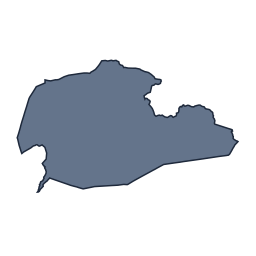 the district of Santa María Yucuhiti, Oaxaca, Mexico, rotated 272°
{"feature_id": "50627088B16250901962505", "entity_name": "Santa María Yucuhiti", "entity_type": "district", "adm_level": 2, "iso_a3": "MEX", "parent_name": "Mexico", "parent_adm1": "Oaxaca", "projection": "albers", "projection_center": [-97.803, 17.027], "detail": "fine", "context": "isolated", "style": "filled", "palette": "slate", "viewbox_px": 256, "rotation_deg": 272, "n_neighbors": 0, "source": "geoboundaries", "source_scale": "gbopen_adm2", "svg_char_len": 5081}
<svg xmlns="http://www.w3.org/2000/svg" viewBox="0 0 256 256"><g transform="rotate(272 128 128)"><path d="M173.2,43.4L170.1,43.5L169.2,41.6L168.1,39.2L166.1,34.9L163.7,33.6L160.6,31.8L155.6,28.8L154.1,28.1L148.9,26.7L145.8,25.9L140.1,24.3L137.0,23.5L133.3,22.5L130.8,21.8L126.4,20.7L124.8,20.4L121.6,19.6L119.6,19.1L117.4,18.5L114.3,17.6L113.3,18.1L109.5,19.1L106.9,19.8L99.3,22.5L99.0,22.7L98.8,22.8L100.3,24.4L104.7,31.5L105.2,32.2L105.7,32.7L106.9,34.2L107.0,34.8L107.2,35.6L107.5,36.1L108.0,36.8L108.1,37.8L107.0,39.3L106.8,40.0L106.9,40.3L108.1,42.7L105.8,45.6L100.1,47.6L94.1,47.3L89.6,43.6L89.4,43.8L88.8,44.0L88.5,44.2L88.3,44.4L87.9,44.6L87.7,44.8L86.8,45.8L86.8,45.7L86.4,45.7L86.2,46.0L85.9,46.1L85.7,46.3L85.4,46.3L85.2,46.2L84.9,46.3L84.4,46.5L84.0,46.9L83.8,47.0L83.5,47.2L83.4,47.2L83.2,47.2L82.8,47.3L82.5,47.4L81.9,47.7L81.6,47.8L81.4,47.7L81.2,47.7L80.0,47.7L79.6,47.6L79.4,47.5L79.1,47.3L78.9,47.2L78.6,47.1L78.3,47.1L78.1,46.9L77.6,46.6L77.1,46.4L76.1,45.6L75.9,45.5L75.6,45.5L75.0,45.7L74.7,45.8L74.3,45.6L73.9,45.3L73.4,45.0L73.2,45.0L72.9,45.0L72.6,44.8L72.1,44.3L71.9,43.9L71.7,43.6L71.4,43.0L71.3,42.8L71.0,42.6L70.6,42.4L70.0,42.4L69.3,42.2L68.8,41.9L68.5,41.5L67.7,41.7L67.6,41.8L67.2,41.9L66.9,41.7L66.5,41.3L66.1,41.3L65.7,41.2L65.2,41.1L64.9,41.1L64.5,41.1L64.2,41.0L63.4,40.7L62.9,40.5L61.9,40.6L61.6,40.2L60.8,39.7L60.9,40.6L61.7,41.6L63.2,42.3L63.6,42.5L64.0,42.8L65.0,43.8L65.3,44.0L66.8,45.3L68.4,45.0L70.1,46.4L70.7,47.2L71.7,48.2L72.1,48.9L72.9,49.4L74.8,51.1L75.3,51.4L72.2,61.4L69.1,71.5L68.8,72.3L67.9,76.1L67.3,79.0L66.8,80.5L65.6,85.3L65.9,86.6L66.5,89.1L67.4,92.9L68.3,96.6L69.5,109.1L70.0,114.3L70.2,116.7L70.5,119.9L71.5,125.7L71.4,128.9L71.5,129.6L75.0,134.9L80.6,144.2L84.4,150.7L87.2,155.4L87.3,155.7L89.1,158.6L92.8,164.9L94.7,175.4L95.7,181.3L96.4,184.7L97.0,188.2L97.4,190.4L98.4,196.1L99.8,204.0L99.9,204.5L102.7,219.6L103.1,222.0L103.9,227.0L104.2,228.4L104.4,229.4L105.5,230.5L105.9,230.7L106.6,231.1L107.9,231.8L109.2,232.5L111.1,233.4L111.8,233.8L112.8,234.4L113.4,234.7L114.4,235.2L115.0,235.5L115.6,236.1L117.1,237.4L117.2,237.6L117.9,238.1L118.3,238.4L118.9,237.3L118.9,236.7L120.6,234.0L121.1,233.5L121.5,233.5L123.4,233.5L123.9,232.9L124.7,232.9L125.0,232.8L125.4,232.8L125.8,232.4L126.7,232.2L127.6,231.4L128.4,231.6L128.5,232.5L129.0,232.4L129.3,232.4L129.9,232.1L134.9,214.6L135.4,214.3L136.1,214.2L136.8,214.4L138.1,214.5L138.8,214.5L139.5,214.0L140.0,214.0L141.3,212.9L142.1,212.7L142.7,212.9L143.2,213.0L143.4,212.8L143.8,212.6L144.3,212.4L144.8,212.4L145.6,212.2L146.4,212.1L147.1,211.4L147.3,210.8L148.2,210.0L148.7,209.5L149.0,209.1L149.2,208.8L149.5,207.5L149.7,206.0L150.0,204.8L150.1,204.6L151.3,203.8L151.8,203.4L152.2,201.2L152.4,200.8L153.4,199.3L153.4,197.9L153.1,197.0L153.0,196.4L152.5,195.0L152.3,194.1L151.8,193.6L151.3,192.9L151.5,192.4L151.4,191.6L151.5,190.8L151.7,190.3L151.9,189.6L152.1,189.2L152.4,189.0L152.5,188.6L152.7,187.8L152.8,187.2L152.8,186.9L152.6,186.3L152.2,185.4L152.1,185.0L151.9,184.5L151.8,184.3L151.9,183.9L152.2,183.2L153.0,182.9L153.0,182.4L152.6,182.0L152.4,181.8L152.0,181.4L151.0,181.0L151.1,180.4L151.3,180.1L151.2,179.9L151.2,179.5L150.4,178.8L149.3,178.2L147.6,178.3L147.2,178.2L146.9,178.2L146.5,178.2L145.2,177.8L144.8,176.9L144.6,176.2L144.5,175.9L144.2,175.9L143.3,176.1L142.6,176.0L141.6,175.5L141.0,174.0L140.2,172.8L140.8,172.0L141.7,171.3L141.9,170.2L141.5,169.5L141.0,168.7L140.4,167.9L139.9,166.9L140.0,166.1L140.3,165.4L140.3,164.9L140.3,164.7L140.4,164.4L140.8,163.8L141.0,163.3L142.0,161.9L142.1,161.7L141.6,160.6L141.7,159.6L141.8,159.1L142.0,158.8L141.5,157.2L140.7,155.6L141.6,154.4L141.8,154.2L142.7,153.8L143.1,153.7L144.5,153.3L146.2,152.6L147.7,151.9L148.3,151.6L149.2,150.9L149.4,150.7L149.7,150.5L150.3,150.0L151.0,149.3L151.4,148.9L152.3,148.1L153.3,148.6L153.9,148.9L154.2,149.0L154.8,149.0L155.2,149.2L155.8,149.0L156.0,148.8L156.4,148.5L156.5,148.3L156.6,147.9L157.0,147.1L157.9,146.3L158.1,146.1L158.2,145.5L158.3,144.9L158.2,144.2L157.5,143.9L159.0,143.3L159.8,143.1L160.9,143.0L161.9,144.5L163.1,145.8L163.5,146.4L164.5,149.0L168.5,149.8L169.1,149.9L169.8,150.0L170.7,150.2L171.3,150.7L171.4,151.0L171.7,152.4L172.4,153.1L172.9,153.7L173.1,154.0L172.9,155.1L172.7,155.6L172.6,156.5L172.8,157.2L172.9,157.4L173.3,158.1L173.6,158.6L173.7,158.8L173.9,158.9L175.0,159.1L175.7,159.3L176.0,159.6L177.4,159.1L177.7,157.5L177.7,156.7L177.9,155.1L178.2,153.3L180.0,152.3L181.0,151.0L181.5,150.4L182.4,149.3L183.2,148.0L183.7,147.3L184.1,146.6L184.3,146.0L184.4,145.5L184.6,144.7L184.7,144.1L184.8,143.7L184.8,143.4L184.9,142.9L186.5,138.9L187.3,137.8L188.0,133.6L187.9,130.3L187.9,126.0L188.5,122.7L188.2,121.7L190.3,120.3L190.7,118.4L191.7,117.1L193.9,116.4L194.5,114.8L195.2,113.7L194.6,110.6L194.9,109.9L195.1,108.9L194.2,105.5L194.7,102.9L194.2,99.4L190.6,97.3L188.4,95.8L185.6,93.6L184.6,92.4L184.1,91.4L183.8,91.2L182.6,89.1L181.3,87.9L181.5,85.5L181.4,82.0L180.6,77.2L179.7,72.5L178.7,66.9L177.0,62.4L175.1,59.0L174.1,57.2L173.7,55.3L173.6,53.6L172.4,49.1L172.6,46.5L173.2,43.4Z" fill="#64748b" stroke="#1e293b" stroke-width="1.5"/></g></svg>